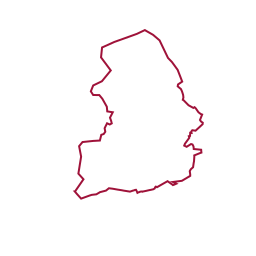 Gharb Bara, North Kordufan, Sudan (Albers equal-area conic projection), rotated 318°
{"feature_id": "16777658B80207598805247", "entity_name": "Gharb Bara", "entity_type": "district", "adm_level": 2, "iso_a3": "SDN", "parent_name": "Sudan", "parent_adm1": "North Kordufan", "projection": "albers", "projection_center": [29.57, 13.951], "detail": "fine", "context": "isolated", "style": "outline", "palette": "rose", "viewbox_px": 256, "rotation_deg": 318, "n_neighbors": 0, "source": "geoboundaries", "source_scale": "gbopen_adm2", "svg_char_len": 1991}
<svg xmlns="http://www.w3.org/2000/svg" viewBox="0 0 256 256"><g transform="rotate(318 128 128)"><path d="M123.2,200.4L123.2,200.5L124.2,200.9L124.7,201.1L125.7,201.4L126.6,201.7L125.3,198.2L126.6,199.1L132.7,203.3L142.2,205.2L143.2,204.1L145.0,201.4L147.0,200.7L150.1,200.7L153.2,198.1L154.8,196.9L158.3,193.5L158.9,192.7L165.2,195.0L166.1,195.4L167.8,193.1L162.8,187.6L164.3,185.6L164.9,183.5L164.9,183.4L164.1,182.1L159.0,181.2L158.0,178.7L159.8,177.8L167.0,176.3L167.7,174.8L168.8,175.4L171.0,173.2L171.9,174.2L172.6,173.0L174.3,172.7L176.4,175.2L186.0,175.1L187.1,174.1L186.6,172.0L186.6,171.9L186.9,170.2L192.1,167.6L191.4,166.2L190.9,163.4L191.5,158.8L191.4,157.1L190.0,156.8L188.2,151.6L187.9,144.6L187.6,143.7L189.6,142.4L191.1,140.3L192.6,137.0L193.4,134.5L192.8,130.3L194.3,129.1L199.3,129.8L201.2,124.9L203.8,118.0L204.8,108.4L204.6,102.7L210.1,84.0L209.0,75.7L208.8,75.0L206.0,66.5L197.6,64.0L189.0,60.5L175.4,54.9L162.6,50.8L155.2,57.5L153.7,73.7L139.9,75.8L130.6,73.1L124.9,75.9L124.2,80.2L128.7,84.3L128.5,89.1L126.5,98.0L123.7,101.8L127.2,106.1L121.5,108.3L120.3,111.3L119.0,113.7L116.8,113.2L115.6,110.5L110.5,112.5L108.6,115.6L105.9,116.2L103.6,115.2L98.7,118.5L93.6,114.4L84.8,108.0L79.5,108.8L74.0,117.9L60.6,128.7L60.6,136.3L46.3,139.7L46.0,139.5L45.9,143.1L45.9,146.0L45.9,149.1L54.8,152.7L55.1,152.9L55.4,153.0L56.3,153.4L60.1,156.1L63.5,156.8L64.2,156.9L68.6,159.2L69.8,159.8L73.5,160.0L76.0,162.9L79.2,167.0L80.2,168.2L80.5,168.6L81.8,170.2L83.0,171.8L84.8,174.0L85.5,174.9L86.1,175.6L86.8,176.5L87.1,176.7L87.8,177.0L88.5,177.3L89.2,177.6L89.7,177.8L90.4,178.2L91.9,178.8L92.0,178.9L92.6,179.3L92.3,180.5L92.0,181.4L91.6,182.5L92.4,182.7L93.2,183.0L93.3,183.1L94.5,183.5L95.2,184.0L96.0,184.6L96.1,185.0L96.6,185.2L99.0,186.6L99.5,186.9L102.4,188.5L103.7,189.3L105.9,190.5L106.0,190.5L107.4,190.8L108.4,190.2L109.4,190.2L109.5,190.2L109.9,191.4L114.6,192.4L121.8,194.0L123.2,200.2L123.2,200.4L123.2,200.4Z" fill="none" stroke="#9f1239" stroke-width="2"/></g></svg>